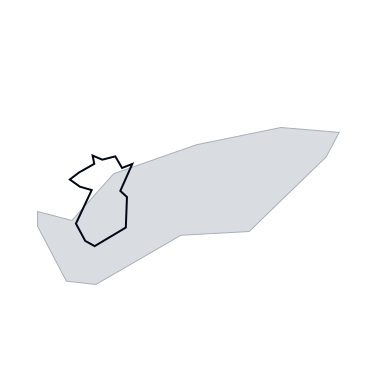 Bahrain, with Al Wusţá highlighted, rotated 254°
{"feature_id": "BHR-4928", "entity_name": "Al Wusţá", "entity_type": "Governorate", "adm_level": 1, "iso_a3": "BHR", "parent_name": "Bahrain", "parent_adm1": "", "projection": "mercator", "projection_center": [50.59, 26.145], "detail": "fine", "context": "in_parent", "style": "outline", "palette": "ink", "viewbox_px": 384, "rotation_deg": 254, "n_neighbors": 0, "source": "natural_earth", "source_scale": "10m", "svg_char_len": 575}
<svg xmlns="http://www.w3.org/2000/svg" viewBox="0 0 384 384"><g transform="rotate(254 192 192)"><path d="M229.5,295.2L208.7,349.9L188.8,330.7L138.3,236.0L153.5,169.3L129.6,74.1L140.9,46.7L201.7,34.1L215.8,38.2L197.7,68.7L231.2,121.8L236.2,209.6L229.5,295.2Z" fill="#d9dde1" stroke="#a8b0b8" stroke-width="1"/><path d="M193.6,71.7L221.5,96.1L228.0,85.7L237.7,78.0L241.9,88.8L246.0,105.8L254.4,106.5L247.8,114.7L247.4,128.1L234.4,131.4L235.4,142.3L212.8,123.4L205.1,128.1L176.1,118.6L166.8,83.5L174.4,75.9L193.6,71.7Z" fill="none" stroke="#020617" stroke-width="2"/></g></svg>